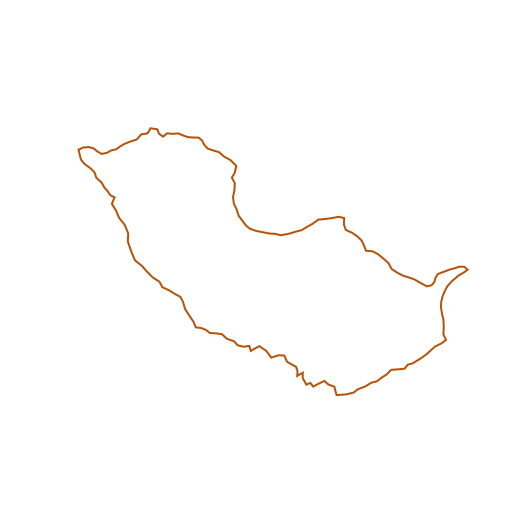 Claraval, Minas Gerais, Brazil (Albers equal-area conic projection), rotated 299°
{"feature_id": "56859067B71136395250653", "entity_name": "Claraval", "entity_type": "district", "adm_level": 2, "iso_a3": "BRA", "parent_name": "Brazil", "parent_adm1": "Minas Gerais", "projection": "albers", "projection_center": [-47.233, -20.359], "detail": "fine", "context": "isolated", "style": "outline", "palette": "amber", "viewbox_px": 512, "rotation_deg": 299, "n_neighbors": 0, "source": "geoboundaries", "source_scale": "gbopen_adm2", "svg_char_len": 2327}
<svg xmlns="http://www.w3.org/2000/svg" viewBox="0 0 512 512"><g transform="rotate(299 256 256)"><path d="M274.8,462.8L278.3,457.9L284.8,454.7L291.4,450.7L295.1,447.1L300.9,442.6L305.7,440.2L311.5,438.7L316.8,438.1L322.3,438.0L329.3,439.7L337.1,442.6L342.4,445.8L346.6,447.7L347.6,443.3L345.1,438.9L341.4,435.5L338.0,432.0L333.5,428.1L328.5,423.9L324.2,423.5L319.6,424.6L315.5,423.7L312.3,420.2L312.2,413.1L312.3,405.5L311.3,400.1L310.1,394.4L309.9,388.0L310.4,380.8L314.1,375.2L315.9,366.6L316.8,361.7L316.6,355.8L313.9,349.6L317.5,345.4L320.7,341.0L322.2,335.6L322.9,328.8L322.4,321.8L326.3,317.5L331.9,314.7L330.4,309.3L326.0,304.1L321.5,298.0L318.0,292.8L311.3,289.7L306.0,286.4L300.7,283.4L296.6,279.0L291.7,274.3L286.2,267.7L284.6,261.8L282.3,257.2L280.1,250.4L277.9,243.5L276.9,237.1L278.1,231.7L280.1,227.5L282.7,221.5L287.6,216.2L291.0,211.3L296.3,207.4L303.1,205.2L309.4,202.2L312.8,196.9L318.2,197.1L325.3,195.1L327.5,187.2L327.5,179.6L328.9,173.3L327.5,167.0L326.6,161.7L328.2,156.7L330.9,152.8L331.7,148.4L329.3,143.8L327.1,139.2L326.2,134.6L325.5,128.5L322.4,123.8L320.2,118.8L315.3,116.9L316.0,111.7L319.0,108.3L316.6,101.9L310.7,101.7L306.8,96.7L300.0,95.2L295.4,90.8L290.3,86.6L286.0,84.1L281.4,81.9L278.3,78.3L274.0,75.6L270.5,71.6L270.5,66.5L271.4,62.1L270.2,56.9L267.0,52.2L262.9,49.2L255.5,56.1L253.4,61.2L252.4,69.2L250.8,74.3L247.1,78.3L245.2,85.8L242.4,90.1L240.7,94.8L238.6,98.9L238.7,103.9L231.8,104.6L227.6,112.0L222.9,117.9L219.7,125.9L213.7,133.4L206.6,136.8L201.5,142.4L197.9,146.6L193.5,152.3L192.0,161.1L189.7,167.5L187.2,176.0L186.7,184.0L183.3,189.2L183.8,196.4L183.5,203.2L183.6,209.6L180.3,214.6L175.2,219.7L171.1,227.5L168.1,233.3L164.4,237.9L166.5,243.1L167.1,248.1L166.3,253.0L168.9,258.4L171.1,264.0L169.5,270.7L170.8,278.1L169.0,283.2L170.6,289.1L174.1,293.8L170.4,297.5L174.3,299.7L178.8,302.7L178.0,311.0L174.5,318.6L180.3,324.1L182.6,329.0L178.5,334.6L178.5,344.7L175.5,348.1L171.1,350.2L176.6,353.5L171.9,356.0L167.9,362.4L171.3,365.1L169.5,369.3L174.4,372.5L179.9,376.4L178.7,381.6L179.7,387.8L173.4,393.9L178.7,402.0L184.0,407.7L188.9,409.7L194.6,414.6L201.1,418.3L204.8,422.4L210.1,424.6L215.9,427.8L221.9,429.3L226.2,435.9L229.5,440.6L234.5,441.4L238.0,445.0L246.3,449.7L251.8,452.4L263.4,456.4L269.6,460.6L274.8,462.8Z" fill="none" stroke="#b45309" stroke-width="2"/></g></svg>